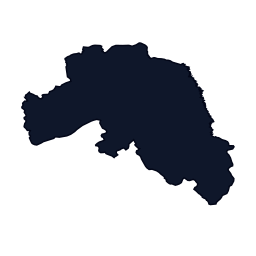 Nalae, Louang Namtha, Laos (Equal Earth projection), rotated 263°
{"feature_id": "54806243B58985543260774", "entity_name": "Nalae", "entity_type": "district", "adm_level": 2, "iso_a3": "LAO", "parent_name": "Laos", "parent_adm1": "Louang Namtha", "projection": "equal_earth", "projection_center": [101.371, 20.533], "detail": "fine", "context": "isolated", "style": "filled", "palette": "ink", "viewbox_px": 256, "rotation_deg": 263, "n_neighbors": 0, "source": "geoboundaries", "source_scale": "gbopen_adm2", "svg_char_len": 5933}
<svg xmlns="http://www.w3.org/2000/svg" viewBox="0 0 256 256"><g transform="rotate(263 128 128)"><path d="M208.6,142.1L209.9,138.9L210.5,132.3L211.4,126.1L210.5,122.1L205.8,115.9L205.5,114.6L205.6,113.4L207.0,112.6L206.9,112.0L207.1,111.6L208.1,112.3L208.6,112.1L209.0,112.7L210.7,111.2L212.3,111.8L213.2,110.4L214.1,105.3L214.1,104.0L214.0,102.7L213.2,100.2L212.8,99.6L212.9,97.6L213.8,93.7L211.4,92.7L210.9,92.7L210.0,93.5L209.2,92.1L208.7,92.3L208.3,91.7L207.4,91.5L207.2,91.1L207.0,89.7L208.1,88.8L208.3,88.2L207.8,85.3L208.0,84.8L207.9,82.7L207.2,80.1L206.5,78.9L206.1,77.0L205.5,75.7L205.0,75.6L204.9,74.4L204.3,73.9L203.3,74.1L202.2,74.9L200.9,74.3L199.9,75.1L199.3,75.1L199.0,74.8L198.5,75.2L197.7,75.1L196.2,74.0L186.2,74.2L183.8,76.8L181.3,77.0L180.3,72.0L178.7,67.5L177.6,66.6L177.2,65.3L178.2,61.5L177.1,60.9L174.9,59.0L174.1,57.1L173.6,54.7L171.4,53.5L171.1,52.4L171.4,48.4L171.2,47.1L170.6,46.8L170.3,47.2L168.7,47.2L168.6,46.6L167.8,46.1L167.5,45.5L167.9,44.2L168.9,42.7L170.8,41.7L171.3,40.0L172.8,38.0L174.0,35.8L174.1,35.0L175.6,34.4L173.6,31.7L173.2,30.6L172.8,30.3L171.0,30.1L171.0,29.3L169.7,30.0L169.0,30.9L168.3,30.9L167.8,31.7L167.0,31.6L166.9,30.3L167.3,28.9L166.6,27.9L165.4,26.5L163.3,26.6L161.7,25.2L160.7,25.3L159.2,27.0L157.8,27.8L156.3,27.0L153.4,28.4L151.9,28.2L151.1,26.4L150.7,26.1L149.5,26.3L148.2,27.6L147.6,27.7L146.1,27.2L145.2,26.2L142.3,25.1L141.4,25.3L140.2,26.5L138.0,27.7L137.7,28.4L137.7,29.8L137.3,30.7L135.4,29.3L133.2,29.2L132.4,30.1L131.8,30.1L131.1,29.9L130.2,29.0L125.9,30.3L124.7,30.8L123.9,31.6L122.9,33.3L122.3,35.4L123.7,39.9L124.8,42.3L126.8,53.1L127.8,54.2L128.1,55.0L127.3,58.8L127.7,66.3L128.8,70.3L131.0,74.6L132.8,77.0L136.2,83.1L139.4,92.3L140.0,94.9L140.4,97.9L139.4,101.0L138.8,101.8L137.7,101.1L136.2,100.7L131.0,102.7L129.8,104.6L128.4,106.1L126.6,106.5L125.6,105.5L125.1,103.3L125.0,101.6L123.8,100.6L122.5,100.9L121.7,102.3L118.9,103.2L118.2,101.2L117.5,97.9L116.4,95.6L115.0,93.8L114.4,93.9L114.0,95.6L113.1,96.6L111.6,97.1L109.1,96.3L108.0,96.6L106.9,97.9L106.7,100.8L106.9,102.2L105.2,103.2L102.2,108.8L100.4,110.6L101.1,111.3L101.5,112.5L102.6,114.5L104.3,113.3L105.8,113.4L106.7,114.0L107.4,117.4L108.2,118.8L108.8,121.1L108.1,122.1L106.6,123.2L108.0,125.7L109.8,126.5L111.9,126.8L115.7,132.2L112.5,133.4L111.9,134.0L111.1,133.9L110.6,132.9L110.0,133.0L106.5,135.9L106.1,137.0L104.9,135.5L104.3,133.8L102.8,133.2L101.1,133.9L99.6,136.1L98.1,137.1L95.3,137.8L88.0,140.8L86.2,141.9L84.3,143.9L84.2,146.9L82.1,151.2L80.1,153.6L78.4,154.9L75.0,158.4L73.9,158.0L71.9,160.1L71.2,159.6L70.5,159.7L69.2,160.8L67.8,162.3L67.3,163.4L67.3,164.8L65.5,168.0L65.7,169.7L66.3,172.2L67.4,174.3L70.6,176.0L71.5,177.4L71.5,178.0L68.8,181.0L68.4,182.8L69.1,186.5L67.7,188.5L66.9,188.7L64.1,190.6L61.5,189.2L60.8,187.2L59.2,186.0L57.0,188.2L54.3,190.3L53.8,191.2L52.5,192.2L51.9,193.1L50.4,193.3L49.4,194.5L48.3,196.5L46.9,197.1L47.0,197.3L45.6,198.4L44.0,199.0L42.7,199.1L42.0,200.4L41.9,206.0L43.3,206.6L44.8,208.5L46.2,210.7L47.7,212.2L49.6,213.4L51.0,218.1L53.5,219.8L57.9,221.5L58.7,223.8L62.5,226.4L64.9,226.9L68.2,224.9L70.3,224.3L73.6,222.4L74.9,222.3L76.2,223.4L77.3,225.4L77.7,227.2L79.3,227.5L81.8,226.7L85.8,226.0L89.0,224.7L90.8,223.2L92.8,223.0L94.0,224.4L94.5,229.3L96.4,230.9L97.5,230.4L98.0,226.6L98.9,225.8L100.5,225.9L102.2,225.1L103.5,223.2L104.9,219.9L107.3,216.8L107.7,215.0L108.6,213.9L108.2,213.0L109.3,210.9L110.2,210.1L110.5,210.0L111.3,210.9L111.5,209.6L112.5,210.4L113.4,209.5L113.5,209.7L113.4,210.7L114.4,210.2L115.1,211.5L116.0,211.9L116.7,210.9L118.0,210.7L119.1,209.2L119.6,210.0L120.8,210.2L121.2,209.7L121.5,209.9L122.0,210.8L122.3,210.1L122.2,209.7L122.4,209.5L122.9,210.0L122.8,210.7L123.3,210.4L123.6,210.7L123.6,212.8L123.9,213.8L125.9,213.1L128.8,210.9L129.4,211.5L129.8,211.4L129.8,211.1L129.3,211.1L129.3,210.8L129.9,210.0L132.0,210.2L133.2,208.9L134.6,209.4L136.5,207.8L137.4,208.2L138.1,207.2L138.0,206.2L138.7,207.3L140.3,207.6L140.5,207.6L140.6,206.9L141.7,207.4L141.7,206.5L142.2,206.8L142.4,207.5L142.7,207.5L143.0,206.5L143.7,206.9L143.8,206.2L144.3,205.5L144.5,205.7L144.4,206.2L144.7,206.2L144.9,205.4L145.4,205.6L146.0,207.0L146.3,206.7L146.3,206.0L146.8,205.7L148.1,206.1L148.6,205.5L148.8,205.8L148.6,206.3L149.2,206.2L149.3,205.0L149.5,204.8L149.2,204.0L149.5,203.6L149.8,204.0L149.7,204.4L150.6,204.3L151.0,205.3L151.5,205.0L151.7,204.3L152.7,204.0L153.0,204.4L153.0,205.1L153.6,205.8L153.8,205.7L153.4,204.8L153.8,204.2L154.1,204.8L154.8,204.8L154.6,205.4L155.3,205.9L155.8,206.8L156.3,206.1L155.2,205.1L155.3,204.5L155.8,204.9L156.1,204.7L155.9,204.3L156.0,204.1L156.5,204.5L156.5,203.6L157.1,203.9L157.7,203.3L158.0,203.7L157.5,204.5L157.5,204.9L158.0,205.1L158.4,204.5L159.0,204.4L159.1,203.8L159.7,203.8L159.8,203.4L159.5,203.1L159.7,202.7L160.5,201.5L161.5,200.6L162.2,200.9L162.4,201.2L162.1,201.9L162.4,202.2L163.0,201.6L163.6,201.8L163.8,200.7L164.4,201.0L165.1,200.6L165.7,200.8L165.7,200.0L166.0,199.7L166.4,200.0L166.1,200.3L166.2,200.6L166.4,200.1L166.7,200.4L167.5,199.0L167.8,199.3L168.3,198.9L169.5,199.1L170.0,197.9L170.8,197.1L171.3,197.3L171.1,196.9L171.6,196.2L171.4,195.1L171.6,194.5L172.1,194.7L172.3,195.6L173.1,195.7L173.2,196.1L172.9,196.5L173.0,196.7L173.7,196.7L174.3,195.6L174.6,195.8L174.5,196.6L175.0,196.3L175.5,196.5L175.8,195.8L176.1,195.7L176.2,196.3L176.4,196.3L176.6,195.7L177.1,194.9L178.1,195.0L178.4,194.6L178.9,196.0L179.3,195.7L179.7,195.8L179.8,194.7L180.8,195.7L180.9,195.2L181.3,195.2L181.6,194.0L183.0,191.4L184.0,192.1L184.1,191.5L185.2,190.7L185.0,189.4L184.5,188.9L184.3,188.3L187.8,180.2L189.5,178.1L190.2,176.5L190.7,173.9L191.6,172.7L192.5,169.8L193.2,165.8L194.4,163.2L194.6,162.3L194.0,158.9L194.5,158.3L194.9,158.5L195.7,157.8L196.0,157.2L196.5,157.6L197.6,156.8L197.8,156.3L198.3,156.6L199.1,156.3L201.5,156.6L202.5,156.1L205.6,156.8L206.7,156.4L208.2,155.0L210.7,151.0L211.0,149.5L209.5,146.3L208.6,142.1Z" fill="#0f172a" stroke="#020617" stroke-width="1.5"/></g></svg>